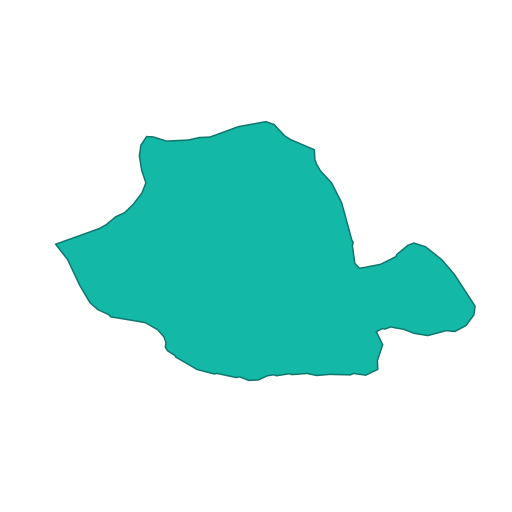 outline of San Jacinto, Chiquimula, Guatemala, rotated 64°
{"feature_id": "79465075B29365665250893", "entity_name": "San Jacinto", "entity_type": "district", "adm_level": 2, "iso_a3": "GTM", "parent_name": "Guatemala", "parent_adm1": "Chiquimula", "projection": "mercator", "projection_center": [-89.507, 14.679], "detail": "fine", "context": "isolated", "style": "filled", "palette": "teal", "viewbox_px": 512, "rotation_deg": 64, "n_neighbors": 0, "source": "geoboundaries", "source_scale": "gbopen_adm2", "svg_char_len": 1256}
<svg xmlns="http://www.w3.org/2000/svg" viewBox="0 0 512 512"><g transform="rotate(64 256 256)"><path d="M186.1,157.0L166.3,174.1L160.4,177.6L145.8,182.1L139.6,188.2L132.0,215.2L128.9,245.3L124.7,254.9L122.1,266.1L113.4,286.2L103.9,296.2L100.7,302.0L106.0,310.9L114.8,316.9L128.9,321.2L142.0,322.9L149.2,330.7L155.7,343.6L159.5,355.1L159.2,364.8L162.2,376.9L162.6,384.9L157.6,430.9L176.6,426.9L204.9,427.3L225.2,425.7L234.8,421.7L244.4,413.9L247.0,413.3L262.7,391.1L267.5,384.6L279.0,376.8L288.4,374.2L294.6,374.9L298.2,377.5L302.5,377.0L309.7,372.6L311.9,372.3L332.3,358.6L343.8,345.1L344.4,342.6L356.6,327.0L357.4,323.7L364.6,317.1L368.4,308.3L368.6,298.4L370.6,292.0L372.6,290.1L376.4,277.7L378.3,275.8L383.9,261.7L390.0,253.8L394.7,241.7L404.2,223.3L404.4,219.7L411.2,209.6L411.3,196.3L403.3,192.8L391.2,181.0L376.7,181.1L376.7,174.2L378.2,172.1L378.8,165.9L381.0,163.2L386.6,155.4L394.8,147.8L402.8,136.5L406.5,117.7L411.0,110.4L410.6,97.9L404.5,86.0L397.2,81.1L359.9,85.7L341.1,90.5L322.0,99.6L313.5,108.5L313.0,115.0L316.3,128.7L317.9,130.7L318.1,147.7L312.5,168.3L306.0,170.4L289.1,164.9L286.3,162.7L283.7,162.9L245.8,155.7L223.7,156.0L207.6,160.8L199.6,161.3L195.2,160.8L186.1,157.0Z" fill="#14b8a6" stroke="#0f766e" stroke-width="1.5"/></g></svg>